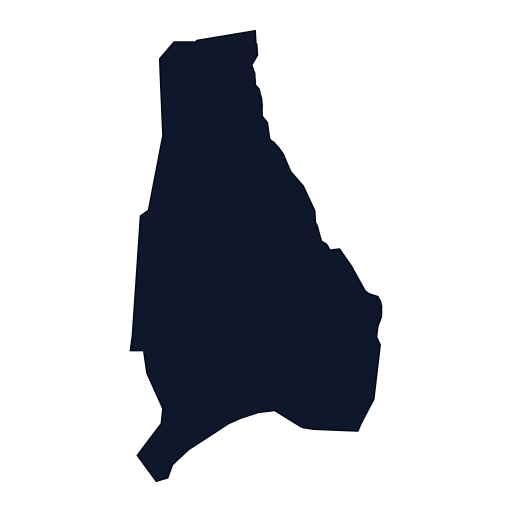 the district of San Souci, Castries, Saint Lucia
{"feature_id": "8701671B431817219608", "entity_name": "San Souci", "entity_type": "district", "adm_level": 2, "iso_a3": "LCA", "parent_name": "Saint Lucia", "parent_adm1": "Castries", "projection": "natural_earth1", "projection_center": [-60.989, 14.017], "detail": "fine", "context": "isolated", "style": "filled", "palette": "ink", "viewbox_px": 512, "rotation_deg": 0, "n_neighbors": 0, "source": "geoboundaries", "source_scale": "gbopen_adm2", "svg_char_len": 1453}
<svg xmlns="http://www.w3.org/2000/svg" viewBox="0 0 512 512"><path d="M359.3,427.6L361.0,423.6L373.8,399.2L378.0,363.5L380.0,346.4L380.2,344.6L379.0,342.4L376.5,336.9L377.1,331.9L378.0,325.9L380.9,318.1L381.2,316.8L381.5,316.1L381.5,310.7L381.5,308.9L381.6,306.6L380.5,301.2L378.5,298.1L377.8,296.6L370.5,294.3L367.9,293.0L365.3,291.1L357.3,276.8L353.1,269.2L351.4,266.1L341.5,251.9L339.5,249.0L329.8,250.2L327.3,245.4L326.0,243.9L321.5,241.3L319.3,233.8L317.7,227.4L317.5,226.4L317.1,225.7L316.8,224.8L315.4,222.7L314.8,210.9L303.6,186.8L303.2,186.0L290.7,171.6L286.1,161.1L283.6,154.6L278.1,147.0L275.9,144.7L273.8,142.3L272.0,141.2L269.7,139.1L267.3,122.5L262.2,116.2L262.0,109.1L262.2,105.3L261.7,100.8L261.6,98.7L261.0,96.6L259.7,92.0L259.7,91.1L258.8,88.8L255.5,85.2L254.8,75.8L254.8,73.7L251.7,65.0L257.5,55.2L256.7,44.0L255.9,44.1L255.2,30.7L254.5,30.8L253.7,31.0L243.6,32.7L197.1,40.4L195.9,41.6L195.2,42.3L193.2,42.0L174.1,42.0L159.7,58.8L160.3,74.9L162.9,135.5L155.1,176.0L148.5,210.3L145.5,212.4L140.5,216.0L137.5,260.2L132.4,335.6L130.4,350.6L143.7,350.6L146.9,373.1L162.9,408.6L161.8,418.8L161.3,423.6L141.8,449.3L137.3,455.4L143.0,463.2L156.3,481.3L167.7,477.8L172.5,464.7L174.1,463.2L188.4,449.7L217.2,431.0L222.1,427.8L228.4,423.6L238.4,419.2L241.2,418.0L258.7,412.3L260.0,412.2L274.7,410.5L296.5,424.0L301.9,427.3L306.0,428.0L313.1,429.2L343.9,430.5L357.8,431.0L359.3,427.6Z" fill="#0f172a" stroke="#020617" stroke-width="1.5"/></svg>